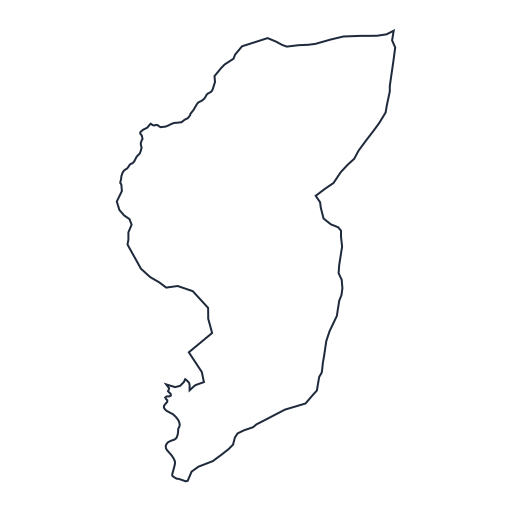 Biru, Samchi, Bhutan
{"feature_id": "84629894B29308983401378", "entity_name": "Biru", "entity_type": "district", "adm_level": 2, "iso_a3": "BTN", "parent_name": "Bhutan", "parent_adm1": "Samchi", "projection": "mercator", "projection_center": [88.902, 27.058], "detail": "fine", "context": "isolated", "style": "outline", "palette": "slate", "viewbox_px": 512, "rotation_deg": 0, "n_neighbors": 0, "source": "geoboundaries", "source_scale": "gbopen_adm2", "svg_char_len": 3151}
<svg xmlns="http://www.w3.org/2000/svg" viewBox="0 0 512 512"><path d="M393.7,30.7L386.6,34.3L376.8,35.8L359.3,35.9L343.4,36.5L331.2,39.4L315.3,43.9L308.0,44.8L298.6,45.2L286.8,46.6L282.3,45.0L276.2,41.7L267.6,38.1L261.1,40.2L242.0,46.3L235.1,54.6L233.5,58.7L224.6,64.5L221.0,68.2L214.5,76.1L215.0,82.0L212.7,89.3L212.0,90.6L211.2,91.7L209.2,92.9L207.6,93.7L206.6,94.8L205.2,97.3L204.2,98.8L201.6,100.8L199.6,101.8L198.4,102.4L197.2,103.7L195.0,107.4L193.5,110.0L191.7,112.2L190.5,113.7L190.1,115.3L187.7,118.3L185.6,119.2L184.3,120.0L183.2,120.9L181.4,122.3L179.7,122.4L178.3,122.6L175.5,122.9L174.1,122.9L172.7,123.5L171.5,123.9L168.3,125.5L165.6,126.6L162.6,126.9L160.7,127.2L158.9,126.2L157.6,125.1L155.9,124.9L154.5,125.5L152.7,125.1L150.6,123.7L149.3,125.2L147.2,127.7L145.0,128.8L143.3,129.6L141.1,131.4L140.2,132.4L140.4,133.9L141.7,135.3L142.3,137.7L142.5,139.1L141.7,140.3L141.3,141.7L140.8,143.1L140.8,144.4L141.1,145.9L141.6,147.4L141.3,148.8L140.7,151.1L139.7,153.5L138.8,154.5L136.7,156.6L135.5,158.9L134.7,160.6L133.7,162.0L132.5,163.3L130.8,163.8L129.3,165.3L128.7,166.4L127.3,168.3L124.9,169.9L123.8,170.8L122.5,172.9L122.1,174.1L121.4,176.1L121.1,179.0L120.2,182.8L121.3,184.4L121.9,191.0L116.8,201.5L119.4,210.0L124.2,215.5L129.5,219.1L131.6,224.7L128.4,232.4L128.4,239.8L127.5,244.5L130.9,250.7L141.0,268.8L150.2,277.1L159.3,282.4L166.2,287.6L177.6,286.0L192.8,291.2L208.1,307.9L208.2,313.8L208.2,315.1L208.2,318.6L212.1,333.0L188.8,352.3L201.8,372.0L203.9,382.1L195.5,385.1L193.5,386.7L189.6,390.3L189.6,385.6L189.4,383.7L188.9,382.6L186.8,380.4L185.2,379.2L183.9,382.0L180.0,385.9L175.0,387.1L166.2,384.4L169.1,388.2L168.7,389.7L168.0,391.2L169.1,392.4L170.7,393.9L170.8,395.6L169.3,396.4L167.8,396.4L166.6,396.4L165.2,397.6L166.0,399.0L167.3,400.2L167.2,402.0L166.3,402.9L164.7,404.7L164.0,406.1L163.9,407.7L164.8,409.1L166.7,410.9L168.7,412.0L173.1,414.3L175.8,416.9L177.1,418.5L178.3,420.2L179.2,422.0L179.7,424.7L179.5,426.3L178.8,427.6L178.2,429.1L178.2,430.5L177.8,434.1L176.9,437.0L176.1,438.3L174.3,439.7L172.5,440.2L171.0,440.8L169.2,441.6L167.9,442.4L166.9,443.5L165.8,445.4L165.8,446.8L165.9,448.1L166.8,449.9L168.4,451.7L171.7,455.5L173.6,458.4L174.8,461.0L175.0,463.1L174.8,464.5L174.3,466.7L173.2,470.7L172.2,474.3L172.3,475.7L173.6,476.9L174.8,477.6L176.7,478.7L178.6,478.8L180.3,479.4L183.5,480.5L185.5,481.3L187.7,480.8L191.6,471.6L198.4,466.7L212.8,461.1L221.2,454.9L228.6,449.1L233.0,444.7L234.9,437.5L237.6,433.4L244.0,430.3L253.1,427.2L256.4,424.4L264.0,420.5L265.2,419.9L276.3,414.1L285.0,409.6L305.5,403.5L312.9,394.9L316.9,390.5L317.6,386.1L319.2,376.9L321.7,372.7L322.2,369.4L322.8,363.3L324.1,355.8L326.3,341.0L329.6,331.1L336.9,315.8L337.8,309.6L338.2,307.3L339.2,300.8L341.5,295.0L342.4,288.2L341.7,279.8L338.6,273.2L339.2,265.0L342.1,246.6L341.0,236.8L341.0,230.7L338.2,227.3L330.8,224.3L323.6,218.6L320.8,207.8L320.1,202.3L315.7,195.8L325.4,188.5L333.5,183.0L340.8,172.1L347.5,164.9L354.2,158.8L358.6,150.6L366.2,140.3L373.3,131.1L379.3,122.9L385.6,112.5L386.9,105.0L389.8,91.4L389.8,85.9L393.0,63.8L393.3,61.8L395.2,47.5L392.1,40.4L393.7,30.7Z" fill="none" stroke="#1e293b" stroke-width="2"/></svg>